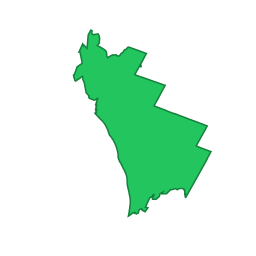 outline of Jūrkalnes pag., Ventspils, Latvia, rotated 306°
{"feature_id": "27541924B11800996662451", "entity_name": "Jūrkalnes pag.", "entity_type": "district", "adm_level": 2, "iso_a3": "LVA", "parent_name": "Latvia", "parent_adm1": "Ventspils", "projection": "equal_earth", "projection_center": [21.409, 57.03], "detail": "fine", "context": "isolated", "style": "filled", "palette": "green", "viewbox_px": 256, "rotation_deg": 306, "n_neighbors": 0, "source": "geoboundaries", "source_scale": "gbopen_adm2", "svg_char_len": 5196}
<svg xmlns="http://www.w3.org/2000/svg" viewBox="0 0 256 256"><g transform="rotate(306 128 128)"><path d="M179.9,41.1L168.3,48.1L169.2,43.1L168.5,43.3L169.3,41.9L160.7,43.7L161.4,44.3L157.1,49.0L155.9,50.4L153.4,52.9L147.6,50.9L142.5,52.4L139.4,53.2L138.9,52.8L138.0,53.5L135.2,57.2L135.3,58.1L140.5,60.0L143.1,60.8L142.4,61.7L140.6,63.1L139.0,65.9L136.2,68.9L131.9,73.4L131.0,77.7L129.6,78.1L129.4,79.8L129.5,79.8L130.5,84.1L131.4,84.9L132.6,85.4L133.7,85.6L134.1,86.1L129.4,87.6L129.5,87.8L129.4,87.9L129.4,88.1L129.2,88.2L128.7,88.2L128.8,88.3L128.6,88.2L128.4,88.3L128.1,88.6L128.1,88.8L127.9,88.8L128.0,88.9L127.9,89.1L127.7,89.2L127.5,89.3L127.4,89.4L127.3,89.5L127.2,89.5L126.9,89.6L127.0,89.7L126.8,89.8L126.6,89.9L126.3,89.8L126.0,89.8L125.8,90.1L125.6,90.3L125.5,90.5L125.4,90.4L125.3,90.5L125.1,90.6L124.8,90.7L124.5,90.7L124.4,90.7L124.4,90.8L124.3,91.1L124.2,91.2L124.3,91.2L124.3,91.3L124.2,91.2L124.2,91.4L124.0,91.5L123.9,91.4L123.5,91.5L123.5,91.8L123.5,92.0L123.4,91.9L123.1,92.0L122.8,92.2L122.6,92.3L122.5,92.8L122.4,92.9L122.1,93.0L121.9,93.1L121.9,93.3L121.3,93.3L121.4,92.7L121.2,92.7L120.6,92.5L120.3,93.0L120.3,93.7L120.3,93.8L120.2,93.9L120.2,94.1L120.3,94.1L120.2,94.4L119.9,95.8L119.7,96.4L119.4,97.9L119.3,98.4L119.3,98.8L119.1,99.5L119.1,99.8L119.0,100.2L118.9,100.6L118.9,100.9L118.8,101.3L118.8,101.8L118.6,102.8L118.5,103.7L117.5,107.0L117.0,108.1L116.2,109.6L116.0,110.2L114.9,112.2L114.3,113.0L114.2,113.3L114.1,113.5L113.9,113.7L113.5,114.2L113.1,114.5L112.9,115.0L112.4,115.7L112.1,116.2L112.0,116.5L111.8,116.8L111.6,116.9L111.5,117.1L111.3,117.4L111.1,118.0L111.2,118.5L111.1,118.8L110.4,120.8L110.1,121.4L109.9,121.9L109.6,122.7L109.6,122.9L109.4,123.4L109.3,123.7L108.6,124.8L108.4,125.4L108.1,125.9L107.8,126.5L107.6,126.7L107.5,126.9L107.0,128.0L106.6,128.5L106.2,129.1L105.5,130.2L104.6,131.1L104.3,131.6L103.5,132.6L103.4,132.8L102.5,133.8L102.1,134.1L101.8,134.5L101.4,135.0L101.2,135.2L100.7,135.7L100.0,136.1L99.7,136.2L99.5,136.4L99.4,136.5L98.8,137.0L98.4,137.5L97.8,138.0L97.1,139.0L96.9,139.5L96.3,140.3L95.8,141.2L95.6,141.9L95.1,143.1L94.7,143.7L94.5,144.4L94.1,144.9L93.9,145.5L93.1,146.9L92.7,147.5L92.5,147.9L92.0,149.3L91.8,149.7L91.5,150.0L91.3,150.3L91.0,151.0L90.6,151.7L90.5,151.8L90.2,152.4L89.7,153.0L89.5,153.5L88.4,155.0L87.6,155.9L86.8,156.6L86.1,157.4L85.6,157.8L84.7,158.3L83.2,159.6L81.9,160.5L81.5,161.0L81.1,161.5L80.4,162.2L79.6,163.0L79.0,163.8L78.6,164.2L78.1,164.8L77.7,165.3L77.5,165.6L76.7,166.5L75.3,167.8L74.0,169.4L73.5,169.9L72.6,170.7L71.6,171.7L70.3,172.7L69.8,173.1L69.4,173.5L69.1,173.6L68.8,173.8L68.2,174.2L67.2,174.8L66.4,175.3L66.0,175.4L65.3,175.8L64.6,176.3L62.5,177.3L61.1,178.1L59.0,179.1L58.6,179.3L56.9,180.1L57.9,180.5L60.1,181.3L60.9,181.5L61.1,181.3L62.2,181.6L62.6,182.5L62.7,183.1L63.5,182.7L63.7,182.9L63.4,183.4L63.4,183.9L63.5,184.3L63.3,185.1L63.4,185.3L64.2,185.8L64.5,185.9L65.3,186.3L68.1,185.2L68.8,185.3L69.7,185.7L70.4,186.7L70.0,187.2L70.4,187.5L69.8,188.4L70.1,188.7L70.1,189.8L70.2,191.0L75.1,191.0L74.1,188.7L81.9,187.1L84.9,186.6L85.2,187.3L85.9,187.6L88.9,187.6L89.4,187.8L89.4,188.3L87.4,188.9L86.2,188.7L84.8,189.7L86.8,192.6L91.0,193.6L93.4,192.6L95.1,193.1L96.9,194.0L94.8,194.3L97.4,197.8L102.3,198.6L103.3,198.5L103.6,199.5L103.8,199.6L105.0,200.6L106.9,202.0L106.9,203.5L107.3,204.4L107.6,204.5L107.9,204.6L108.4,204.5L109.2,205.2L109.9,205.8L111.0,207.6L111.2,208.2L111.4,208.7L111.4,208.8L111.1,209.1L111.4,209.5L111.2,209.8L110.9,210.0L111.0,210.1L110.9,210.2L110.9,210.4L110.6,210.7L110.3,210.8L110.2,210.9L110.2,211.1L110.0,211.3L109.5,211.6L108.8,212.2L108.6,212.5L108.1,212.6L107.9,212.8L108.0,212.9L108.3,213.1L108.5,213.4L108.5,213.5L108.4,213.6L107.8,213.4L107.7,213.5L107.4,213.6L107.1,213.6L105.4,215.5L105.2,215.6L116.2,214.3L121.9,213.6L122.2,213.6L148.8,210.4L149.0,210.3L149.0,210.2L157.7,209.0L156.5,205.0L154.6,198.1L153.6,193.8L153.7,193.7L159.6,193.0L163.4,192.5L168.5,191.9L170.2,191.7L170.5,191.7L176.2,190.9L175.6,188.6L175.0,186.3L174.0,182.6L171.8,174.7L170.7,171.0L170.6,170.2L169.7,167.1L169.0,164.5L167.0,157.0L166.7,156.8L165.9,154.0L164.8,149.9L164.3,147.4L161.4,136.9L161.2,136.2L161.3,136.0L170.4,134.9L172.7,134.6L175.4,134.2L184.3,133.0L182.0,125.2L181.6,123.7L180.8,121.3L177.5,110.0L177.4,109.8L176.2,106.0L175.5,103.5L175.5,103.1L175.2,102.1L184.5,101.0L184.8,101.1L184.9,101.5L185.1,101.7L184.9,101.9L184.9,102.2L185.2,102.5L185.6,102.5L185.7,102.1L185.8,101.8L186.3,101.7L186.6,101.4L185.3,100.9L187.8,100.5L188.0,100.6L193.4,99.9L195.0,99.6L199.1,99.1L197.0,91.6L194.9,84.4L194.0,81.2L193.9,81.1L193.0,80.3L190.9,80.3L190.1,80.0L189.7,79.4L188.0,79.2L186.7,79.4L184.1,78.6L183.6,78.6L182.5,78.6L182.0,78.7L181.9,78.7L181.0,78.4L180.6,78.0L180.0,76.9L180.4,75.9L179.7,74.7L178.3,73.0L178.1,72.5L173.5,70.3L172.9,70.3L172.9,70.1L172.9,69.9L173.2,69.4L173.5,68.8L173.8,68.5L174.1,68.3L175.0,67.4L175.6,67.1L176.8,65.8L177.1,65.4L177.2,65.0L177.4,64.5L177.4,63.9L177.5,63.5L177.6,63.2L177.5,62.5L177.3,60.3L177.4,59.9L176.7,54.7L180.0,54.9L180.7,54.2L183.9,52.4L185.1,50.9L186.0,49.9L186.5,48.4L183.6,45.5L182.9,44.4L183.0,43.3L185.7,41.6L185.3,40.4L185.0,40.4L179.9,41.1Z" fill="#22c55e" stroke="#15803d" stroke-width="1.5"/></g></svg>